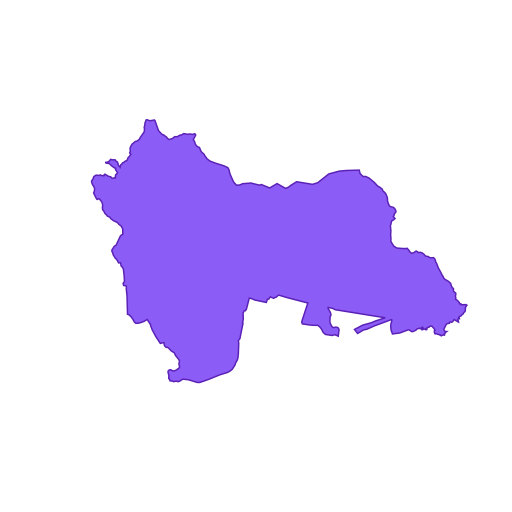 outline of Bunesti, Vâlcea, Romania, rotated 324°
{"feature_id": "2599482B20268372174714", "entity_name": "Bunesti", "entity_type": "district", "adm_level": 2, "iso_a3": "ROU", "parent_name": "Romania", "parent_adm1": "Vâlcea", "projection": "mercator", "projection_center": [24.207, 45.108], "detail": "fine", "context": "isolated", "style": "filled", "palette": "violet", "viewbox_px": 512, "rotation_deg": 324, "n_neighbors": 0, "source": "geoboundaries", "source_scale": "gbopen_adm2", "svg_char_len": 6131}
<svg xmlns="http://www.w3.org/2000/svg" viewBox="0 0 512 512"><g transform="rotate(324 256 256)"><path d="M381.0,428.5L381.5,427.6L381.8,426.0L382.6,425.8L383.7,426.4L384.0,425.8L383.7,425.0L383.9,424.7L385.2,424.6L386.5,425.0L387.9,424.6L389.7,424.6L390.8,423.9L392.3,423.8L393.1,423.4L395.2,420.7L397.7,419.8L397.4,418.8L393.4,416.1L393.7,415.2L392.6,414.3L393.1,413.4L393.1,411.9L392.6,409.5L392.0,408.4L393.2,407.1L393.6,405.8L395.1,404.5L395.8,403.4L395.2,401.4L395.2,400.3L396.6,398.4L396.2,397.1L396.5,395.0L397.4,392.6L396.8,389.6L395.1,385.8L394.9,384.1L395.3,382.8L395.4,380.6L396.1,376.4L396.5,372.9L397.8,368.1L397.9,366.5L398.6,364.8L398.9,363.3L398.7,361.7L397.0,360.7L395.9,359.7L395.3,358.8L395.1,357.8L393.1,355.7L392.9,353.4L392.3,351.3L391.3,349.8L389.5,348.7L388.7,346.4L387.7,346.0L385.7,346.1L383.4,345.2L382.9,342.6L383.1,340.8L382.8,339.4L382.9,338.7L382.2,338.4L379.5,336.5L374.9,332.6L374.2,331.6L373.7,330.0L373.4,329.5L373.3,328.4L373.4,326.2L373.8,323.2L375.5,321.1L377.3,318.1L380.0,314.8L382.6,310.4L383.8,309.6L385.8,307.8L386.8,307.4L388.6,307.6L390.5,307.4L390.2,304.9L391.9,304.1L392.9,303.0L394.2,303.0L395.4,302.3L395.9,300.8L396.1,299.3L396.0,298.4L395.6,297.2L394.0,295.4L393.6,294.5L393.5,293.4L393.8,291.8L394.7,288.9L396.5,286.1L397.0,284.4L397.6,281.7L397.4,279.9L396.9,278.1L397.4,276.1L396.6,273.2L395.5,270.7L395.0,266.1L393.2,259.2L391.5,256.2L389.3,254.6L388.7,250.4L390.0,247.2L379.3,239.9L373.3,236.3L363.1,232.4L348.9,233.0L343.8,231.2L332.5,219.8L326.0,219.3L322.8,219.4L319.7,218.7L315.6,209.8L307.1,209.0L302.3,201.3L300.4,200.7L294.8,194.0L287.6,189.6L284.8,189.1L281.8,187.2L281.4,182.9L282.8,176.1L283.5,173.5L284.7,170.7L285.1,168.9L285.1,167.9L283.0,164.1L277.3,156.4L274.4,151.8L273.5,148.4L273.6,147.6L273.5,144.9L273.8,143.3L273.1,139.9L273.2,138.3L274.0,135.2L273.9,134.6L273.3,134.0L272.8,132.6L272.6,131.1L272.7,129.7L273.6,127.3L273.6,125.1L278.3,122.7L278.5,121.9L278.3,121.1L276.2,120.4L274.5,118.6L272.0,117.2L270.6,115.6L269.3,114.4L267.5,114.4L266.7,114.2L266.0,113.7L264.1,113.3L262.6,113.3L260.4,111.7L257.0,111.8L253.8,110.4L253.4,106.6L252.9,105.5L252.6,104.0L251.8,102.9L251.4,102.1L250.8,97.3L253.9,87.0L253.7,86.2L249.7,84.3L248.0,81.8L247.2,81.3L244.3,83.2L243.2,84.5L241.0,86.4L240.4,87.9L238.4,89.9L231.7,92.2L230.5,93.0L227.1,93.1L225.7,92.4L221.3,92.7L218.2,94.2L217.1,95.2L216.0,97.3L214.4,98.3L214.7,100.1L213.9,100.2L212.1,101.0L210.5,101.2L208.0,102.7L207.1,102.8L206.2,102.4L203.8,102.5L202.7,102.2L201.4,102.8L200.0,102.8L198.2,104.3L198.2,103.0L198.0,102.4L198.0,101.5L198.6,100.5L199.1,98.4L198.5,96.7L198.5,95.2L197.1,94.4L195.9,93.3L195.3,92.4L192.6,93.1L190.8,92.7L189.5,91.9L189.2,92.3L189.4,92.7L191.7,95.1L192.1,97.9L193.2,101.4L194.0,102.4L193.2,103.4L192.9,107.2L192.3,107.6L190.2,107.8L189.1,108.8L188.2,110.2L187.1,109.4L185.9,109.0L185.2,108.2L185.0,106.5L183.5,104.8L182.0,101.2L181.5,100.9L180.8,101.1L180.5,101.7L179.9,101.5L178.5,100.3L177.7,98.9L176.3,98.5L174.2,96.6L171.5,96.4L169.3,97.9L167.0,98.7L166.3,99.9L165.6,102.8L165.7,103.8L165.1,106.6L163.4,108.5L161.7,109.5L160.8,114.3L160.6,116.7L161.0,117.0L162.3,117.2L162.7,117.7L163.0,119.5L162.9,122.1L161.9,124.7L160.0,126.8L159.1,128.5L159.3,130.1L158.8,132.6L159.2,134.6L159.2,136.4L160.6,138.6L160.4,140.1L161.4,143.5L163.6,147.6L163.7,150.0L164.5,152.3L164.2,155.0L163.8,156.2L160.9,160.2L159.1,159.9L158.0,160.1L149.6,164.8L148.9,165.0L147.3,164.8L143.0,166.4L142.1,167.7L142.0,168.0L142.1,169.3L141.4,170.2L141.1,171.7L141.1,173.4L140.8,174.4L141.1,175.9L141.2,178.2L140.8,180.5L141.0,181.1L142.3,181.7L142.4,182.1L141.1,184.6L141.0,185.4L141.4,185.7L141.1,188.5L137.7,194.5L134.8,199.0L134.0,199.6L132.6,199.9L132.3,200.2L131.6,202.1L133.3,203.7L133.2,204.6L131.8,206.2L128.3,212.3L117.8,227.6L118.7,228.9L119.2,231.8L119.2,235.0L118.8,237.9L119.2,239.8L121.1,241.1L123.8,242.2L127.1,243.1L130.7,243.4L130.3,249.7L129.8,250.5L128.6,254.9L127.6,262.4L127.2,270.5L129.8,271.5L130.6,272.3L129.4,274.1L129.3,275.9L129.6,277.0L130.0,277.5L130.6,277.8L131.0,278.5L131.7,283.2L133.0,286.2L132.4,289.5L132.7,293.8L132.5,295.5L132.1,296.3L130.2,297.9L128.9,301.0L127.7,301.4L124.5,301.4L122.5,301.0L121.3,300.2L120.6,299.0L120.3,298.1L119.8,297.6L118.5,297.2L117.2,297.5L116.5,298.3L115.2,301.6L113.4,303.7L113.5,305.1L113.1,306.6L114.1,307.2L115.6,309.3L117.8,310.3L119.1,311.9L120.7,312.4L124.4,312.6L128.6,316.4L134.0,323.6L135.6,324.9L136.6,325.4L144.9,327.9L156.3,330.7L164.8,333.5L167.3,333.8L170.1,333.7L174.8,331.9L176.7,330.5L179.3,329.4L181.3,328.0L184.2,324.8L190.7,316.5L192.0,314.1L194.4,313.4L206.0,302.7L205.8,302.2L208.6,299.6L212.0,294.6L213.8,293.6L214.4,293.5L215.1,294.0L216.0,293.5L216.6,293.7L225.7,286.2L226.7,287.0L227.9,288.7L229.1,290.8L237.0,299.6L239.9,297.7L241.1,298.4L242.3,297.8L243.5,297.5L245.4,300.6L246.8,300.7L248.4,301.2L250.5,300.9L251.5,301.1L256.5,307.7L270.3,324.5L255.5,335.2L254.0,336.5L253.6,338.2L258.9,343.4L261.8,345.9L265.3,348.5L265.9,350.9L266.0,354.0L265.4,357.1L266.0,360.2L270.7,364.9L273.6,366.1L275.4,369.2L279.9,364.4L280.3,362.7L279.7,361.3L278.4,360.2L276.8,359.6L276.0,358.5L276.1,356.4L276.6,353.7L277.4,352.2L280.4,348.6L281.9,347.9L282.5,346.8L283.0,345.3L283.6,340.6L284.1,340.0L286.5,342.6L287.8,344.4L288.6,346.1L324.2,381.9L314.5,378.8L309.9,377.7L301.6,374.6L292.5,373.3L292.7,378.4L299.5,379.0L302.6,380.4L310.6,382.1L328.0,387.0L328.3,387.5L327.3,388.7L325.4,390.1L323.9,391.7L321.7,395.4L320.6,399.3L327.1,402.8L336.1,405.3L336.4,405.8L337.5,408.7L338.6,409.4L341.6,410.0L343.6,409.7L345.5,410.4L346.0,411.3L346.4,411.0L347.7,411.6L348.9,411.5L348.9,412.1L348.5,412.7L347.1,412.7L346.9,413.2L350.3,414.6L350.0,415.4L350.9,415.9L352.4,414.6L354.5,415.3L355.2,415.1L356.0,415.2L357.1,416.4L357.4,419.7L357.2,421.2L356.6,421.2L355.8,422.0L355.3,423.0L355.1,424.3L356.3,424.9L356.8,425.9L358.6,428.0L358.4,428.5L359.2,429.6L359.7,429.5L360.8,429.8L361.9,430.7L362.3,429.8L363.1,430.0L363.8,429.3L365.9,429.2L364.6,428.2L364.6,426.3L365.0,425.6L370.3,422.9L373.1,424.1L373.7,423.4L374.2,423.4L375.6,424.7L376.5,424.7L378.9,423.9L381.0,428.5Z" fill="#8b5cf6" stroke="#5b21b6" stroke-width="1.5"/></g></svg>